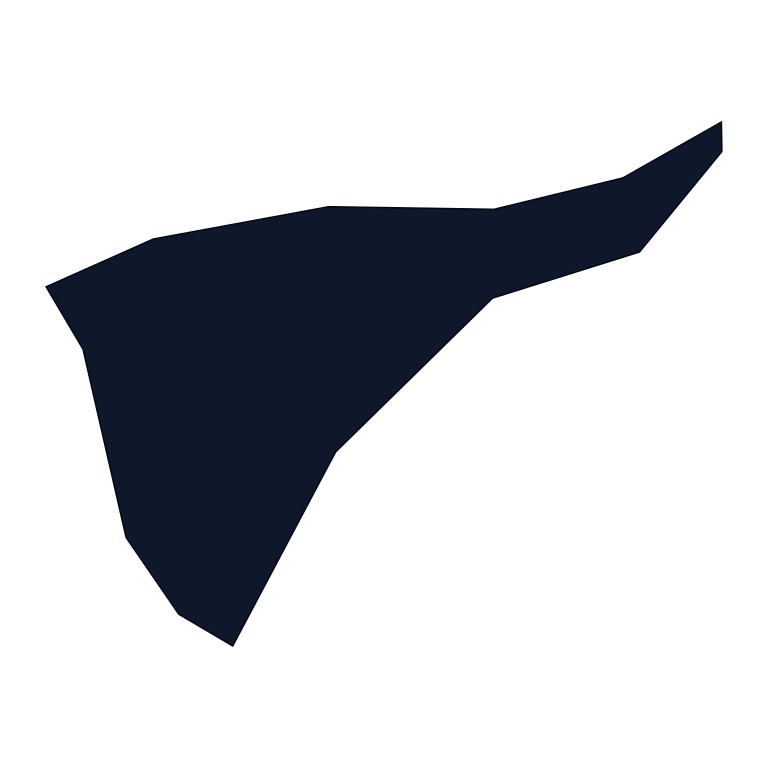 the border of Sədərək
{"feature_id": "AZE-2415", "entity_name": "Sədərək", "entity_type": "District", "adm_level": 1, "iso_a3": "AZE", "parent_name": "Azerbaijan", "parent_adm1": "", "projection": "equal_earth", "projection_center": [44.859, 39.683], "detail": "fine", "context": "isolated", "style": "filled", "palette": "ink", "viewbox_px": 768, "rotation_deg": 0, "n_neighbors": 0, "source": "natural_earth", "source_scale": "10m", "svg_char_len": 322}
<svg xmlns="http://www.w3.org/2000/svg" viewBox="0 0 768 768"><path d="M494.0,209.3L622.9,177.9L721.4,122.0L721.9,151.5L639.5,252.0L492.6,298.1L335.6,452.0L232.7,646.0L178.6,614.1L168.6,599.4L126.1,537.5L83.0,349.2L46.1,286.8L153.3,239.0L328.7,206.7L494.0,209.3Z" fill="#0f172a" stroke="#020617" stroke-width="1.5"/></svg>